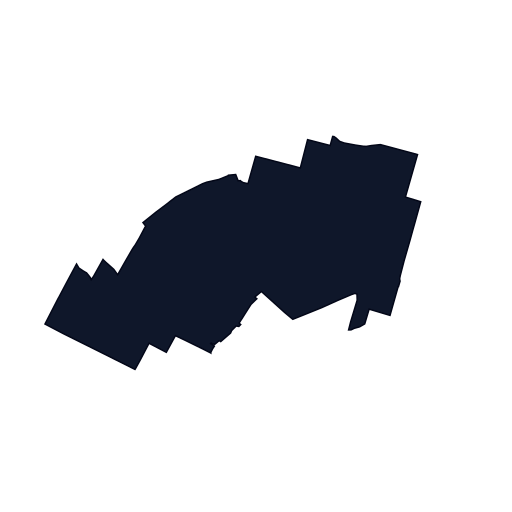 Calmatuiu, Teleorman, Romania (Albers equal-area conic projection), rotated 214°
{"feature_id": "2599482B22374175683856", "entity_name": "Calmatuiu", "entity_type": "district", "adm_level": 2, "iso_a3": "ROU", "parent_name": "Romania", "parent_adm1": "Teleorman", "projection": "albers", "projection_center": [24.851, 43.964], "detail": "fine", "context": "isolated", "style": "filled", "palette": "ink", "viewbox_px": 512, "rotation_deg": 214, "n_neighbors": 0, "source": "geoboundaries", "source_scale": "gbopen_adm2", "svg_char_len": 1990}
<svg xmlns="http://www.w3.org/2000/svg" viewBox="0 0 512 512"><g transform="rotate(214 256 256)"><path d="M120.8,310.4L122.0,314.1L122.5,315.7L123.7,316.9L124.4,317.9L125.5,320.6L130.6,335.0L131.5,337.8L137.2,355.4L140.5,365.2L140.7,365.8L142.9,372.5L149.8,393.1L165.1,388.4L171.7,408.6L178.8,430.4L203.1,422.1L215.2,417.9L222.1,412.1L225.7,408.7L228.2,407.1L235.5,403.6L246.1,399.0L249.7,398.1L250.7,397.8L255.7,398.6L258.2,398.6L259.3,398.0L256.3,389.1L263.6,386.5L278.3,381.3L268.5,353.8L312.0,338.5L303.1,311.5L307.6,309.7L310.6,309.5L311.0,309.8L312.9,308.4L318.4,312.2L324.0,307.6L323.8,307.3L329.6,298.7L338.1,289.7L340.9,285.8L341.2,285.2L355.5,260.1L357.7,253.5L358.5,250.8L363.4,236.6L368.4,220.5L365.7,219.6L364.9,219.3L364.1,219.1L364.1,217.5L362.8,205.6L362.3,197.4L362.4,194.7L362.3,191.7L361.4,178.8L360.2,163.1L361.6,163.6L366.4,165.4L370.7,166.0L376.8,166.8L380.2,167.4L380.9,167.6L379.3,148.4L379.4,144.2L381.2,145.4L383.8,146.3L387.2,147.3L387.6,147.2L390.7,147.0L393.9,147.0L396.1,147.0L398.2,148.0L400.3,149.0L398.2,128.5L396.4,111.7L396.3,110.1L392.9,81.6L372.2,83.9L333.0,89.1L292.9,94.3L292.9,95.0L293.8,104.9L295.9,123.9L295.4,123.9L276.5,126.0L278.1,143.0L278.2,144.9L267.6,146.5L248.0,149.2L240.8,150.1L239.5,150.3L239.2,150.3L239.4,150.6L239.7,151.4L239.7,151.6L240.1,155.0L240.1,157.9L240.5,157.9L241.2,158.0L243.7,158.0L244.6,158.0L244.5,158.8L243.5,158.9L242.3,158.9L242.0,159.6L240.8,159.6L240.7,160.1L240.1,162.1L239.3,165.0L238.5,165.3L237.4,165.3L234.0,177.9L234.5,180.6L233.3,186.9L230.8,188.0L230.4,190.6L230.8,190.6L232.5,191.0L232.6,195.0L232.6,196.2L232.8,201.8L233.1,213.1L231.7,219.8L231.4,221.0L234.0,221.3L233.9,221.8L232.0,228.5L231.7,229.6L200.8,225.2L192.2,224.3L190.1,224.1L184.0,233.1L172.6,250.0L163.4,264.9L155.3,277.4L153.1,280.3L151.0,280.9L147.4,275.9L140.7,254.3L137.9,246.5L135.9,247.9L134.1,251.0L130.5,255.2L127.9,260.5L132.5,275.2L111.7,281.7L121.1,310.3L120.8,310.4Z" fill="#0f172a" stroke="#020617" stroke-width="1.5"/></g></svg>